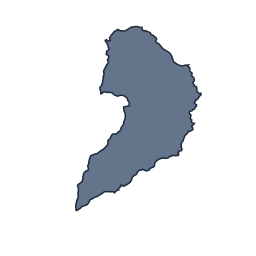 Monte Santo do Tocantins, Tocantins, Brazil, rotated 296°
{"feature_id": "56859067B11136722399220", "entity_name": "Monte Santo do Tocantins", "entity_type": "district", "adm_level": 2, "iso_a3": "BRA", "parent_name": "Brazil", "parent_adm1": "Tocantins", "projection": "albers", "projection_center": [-49.085, -9.988], "detail": "fine", "context": "isolated", "style": "filled", "palette": "slate", "viewbox_px": 256, "rotation_deg": 296, "n_neighbors": 0, "source": "geoboundaries", "source_scale": "gbopen_adm2", "svg_char_len": 5091}
<svg xmlns="http://www.w3.org/2000/svg" viewBox="0 0 256 256"><g transform="rotate(296 128 128)"><path d="M184.0,79.4L182.7,79.8L181.4,79.7L180.2,79.6L179.5,80.6L178.6,81.4L177.5,81.5L175.9,81.3L174.4,81.0L173.0,81.2L171.4,81.0L170.2,81.0L168.8,81.1L167.7,81.4L167.0,82.2L165.9,82.7L164.7,83.3L163.5,83.1L162.2,83.8L160.6,84.4L159.0,84.7L157.1,85.3L156.0,85.3L154.9,85.6L153.6,85.4L152.3,84.9L151.0,85.5L150.0,86.4L149.2,87.2L148.0,87.9L146.8,88.6L147.6,89.4L148.7,89.7L149.8,90.5L150.4,91.7L150.7,92.8L150.7,93.9L151.7,95.0L152.2,96.4L152.4,97.6L152.6,98.8L152.0,100.4L151.7,101.9L151.9,103.1L151.9,104.3L152.5,105.4L153.8,106.3L154.4,107.6L155.0,108.6L155.1,109.6L155.1,111.1L154.8,112.4L154.6,113.8L153.7,114.8L152.5,115.9L152.2,116.9L151.3,118.0L149.7,118.6L148.6,119.4L145.0,114.9L143.5,115.7L142.5,116.3L141.4,117.1L140.5,118.1L139.8,118.9L139.0,119.7L137.9,120.2L136.7,120.7L135.5,121.2L134.0,121.4L132.5,121.4L130.7,121.9L129.2,122.3L128.1,122.2L126.6,121.9L125.0,121.7L123.8,122.1L122.5,122.0L121.3,121.9L120.4,121.1L119.1,120.7L117.7,120.2L116.9,119.0L116.4,117.9L115.7,116.7L114.1,116.5L112.5,116.3L111.1,116.6L109.6,116.1L107.9,115.4L106.6,116.0L105.5,116.7L104.0,117.0L102.5,116.6L101.2,116.2L100.0,116.0L99.1,115.5L98.1,115.2L97.1,114.6L96.0,113.8L94.6,113.0L92.9,112.1L91.6,111.5L90.7,110.7L90.0,109.5L88.9,108.6L88.0,107.6L87.2,107.0L86.2,106.6L84.7,106.8L82.9,107.0L81.4,107.4L80.1,107.6L79.0,108.3L77.9,108.4L76.3,108.4L75.2,109.3L74.2,110.1L73.0,110.8L72.1,110.1L71.2,109.3L70.1,108.8L69.1,108.2L68.0,108.1L66.5,108.4L64.6,108.8L63.2,109.4L62.0,109.8L60.8,110.1L59.7,110.2L58.7,109.7L57.7,109.2L56.6,108.7L55.3,107.9L53.9,107.9L53.0,109.0L51.9,109.9L50.9,110.4L49.7,110.9L48.6,111.2L47.6,111.5L46.3,112.4L45.1,113.0L44.1,113.5L43.0,113.7L41.6,113.7L40.0,113.8L38.8,114.4L37.7,114.3L36.7,114.8L35.5,115.0L34.3,115.5L33.1,116.4L31.5,117.1L31.4,118.2L32.8,119.0L34.1,119.8L35.5,120.6L37.0,121.0L38.1,121.6L38.9,122.7L40.1,123.9L41.4,125.0L42.6,125.2L44.2,125.4L46.2,125.5L47.4,125.4L48.7,127.1L49.9,127.5L50.9,128.3L51.7,129.0L52.5,130.0L53.7,130.8L55.4,132.0L56.8,132.7L58.2,133.7L59.4,134.1L61.0,135.6L61.7,137.4L62.7,139.3L63.1,140.6L63.9,141.7L64.2,142.8L63.8,144.4L64.9,144.5L66.3,145.2L67.6,145.8L68.2,146.9L69.2,146.1L71.0,146.5L72.0,147.2L72.9,146.6L73.8,146.9L73.9,148.0L73.6,149.5L75.1,150.6L76.3,151.6L77.7,152.4L79.1,153.2L80.3,153.8L81.9,153.9L83.2,154.0L84.2,153.7L85.7,153.3L87.4,154.2L88.5,154.6L89.5,155.6L91.0,156.0L92.5,155.9L93.8,156.1L95.0,156.8L95.9,158.3L97.3,159.3L97.3,161.9L97.6,163.6L98.8,164.5L99.4,165.5L100.6,165.3L102.4,166.3L103.3,167.3L104.4,168.2L105.7,168.3L107.3,167.6L108.6,167.4L109.9,167.6L111.4,168.3L112.6,168.9L113.8,169.8L115.7,171.6L116.2,172.6L116.7,174.1L117.7,175.7L118.6,177.0L120.0,177.6L121.5,179.2L122.7,180.1L123.7,181.4L123.8,182.7L124.6,184.0L125.3,185.2L126.6,185.2L126.9,183.8L128.1,184.3L129.2,183.6L130.1,184.7L131.1,186.0L132.2,186.0L133.4,185.2L134.0,184.2L135.3,183.9L136.4,183.0L137.9,182.7L139.4,182.7L140.5,183.2L142.0,182.8L143.1,182.8L144.2,182.7L145.8,182.4L147.7,183.1L149.0,183.7L151.0,183.4L151.7,184.8L152.9,185.5L153.9,186.5L155.3,186.9L156.6,186.1L157.2,184.4L158.4,184.7L159.7,185.4L161.3,185.6L160.7,184.3L160.9,183.1L161.7,182.1L163.2,181.8L163.7,179.7L165.3,179.5L166.6,179.1L167.6,178.5L167.6,177.3L168.4,176.6L169.6,176.0L170.4,176.6L171.1,177.6L172.0,178.3L173.0,178.2L173.9,179.2L175.5,179.5L176.7,179.4L177.5,180.0L178.9,179.4L179.1,177.8L179.5,176.8L180.6,176.3L181.4,177.0L182.4,177.0L183.3,176.5L184.2,177.8L185.4,178.2L186.8,178.1L188.4,178.5L189.8,179.1L191.2,178.3L190.3,177.4L190.3,176.2L190.8,175.1L191.2,174.0L192.1,173.3L193.5,172.6L194.8,171.8L195.1,170.7L194.9,169.5L195.7,168.6L196.3,167.5L197.5,166.4L199.2,166.9L200.8,166.2L201.9,165.1L202.3,164.0L202.6,162.7L204.0,162.0L205.4,161.6L205.7,160.3L206.0,159.0L207.1,158.0L208.8,157.4L209.5,156.1L209.6,154.7L211.3,154.8L210.6,153.8L210.0,152.8L209.4,151.5L208.5,150.7L207.7,149.9L207.3,148.8L207.2,147.7L206.8,146.4L206.8,145.0L206.9,143.8L207.1,142.4L207.3,141.0L207.7,139.9L208.2,139.0L209.1,138.5L209.9,137.7L210.6,137.0L211.8,135.7L212.7,134.5L213.4,133.2L213.9,131.4L214.1,129.6L214.2,128.4L214.4,127.0L214.4,125.6L214.6,124.4L215.1,123.4L215.7,122.2L216.5,120.5L217.1,119.1L217.3,117.4L217.4,116.3L217.8,115.4L218.5,114.6L220.1,114.8L221.1,114.2L221.6,113.1L221.8,111.6L222.3,110.3L222.1,109.1L222.2,107.5L223.3,106.5L223.3,105.1L223.3,103.4L223.1,102.2L223.2,101.2L222.5,99.9L222.2,98.3L223.4,97.2L224.6,96.5L224.1,95.3L223.6,94.2L223.4,92.8L223.3,91.7L222.7,90.8L222.2,89.9L221.7,88.9L220.9,88.3L220.4,86.9L219.2,86.2L218.0,85.4L216.7,84.7L215.7,83.8L214.5,83.3L213.5,82.0L212.8,80.5L212.5,79.4L212.0,78.3L212.1,77.3L212.2,76.1L211.7,75.0L210.3,75.0L209.6,74.1L208.9,73.4L207.3,73.1L205.9,72.7L204.5,72.3L203.0,72.2L201.9,72.0L200.8,71.9L199.9,72.6L199.2,73.6L198.2,73.0L197.5,71.7L197.9,70.0L196.8,69.1L195.7,70.1L195.3,71.7L194.1,72.6L193.5,73.9L192.1,74.6L191.6,75.7L190.6,76.0L189.4,76.2L188.3,75.4L186.9,75.2L185.9,76.0L184.7,76.0L184.5,77.9L184.0,79.4Z" fill="#64748b" stroke="#1e293b" stroke-width="1.5"/></g></svg>